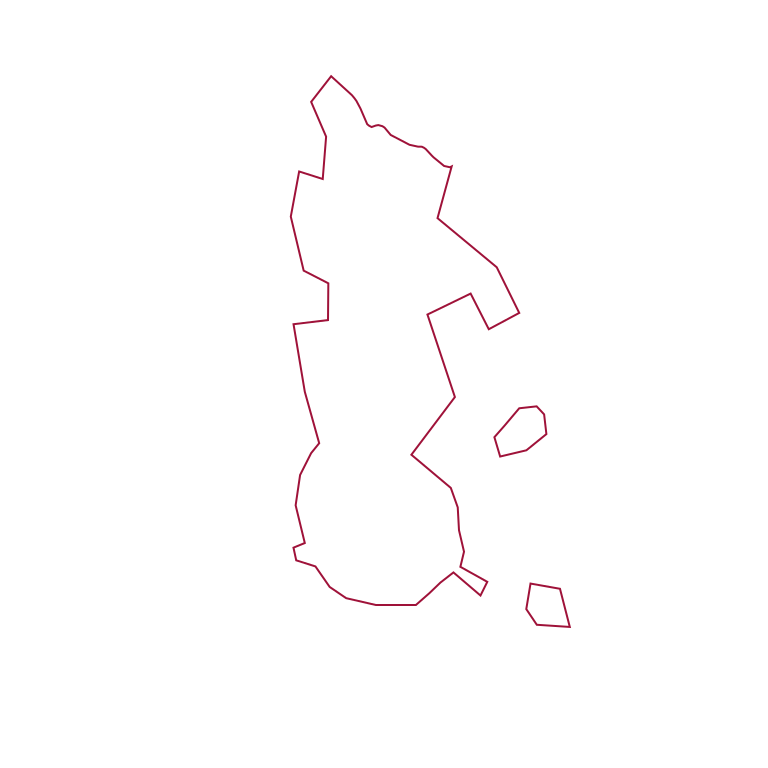 outline of Moskva, rotated 154°
{"feature_id": "RUS-2365", "entity_name": "Moskva", "entity_type": "Federal City", "adm_level": 1, "iso_a3": "RUS", "parent_name": "Russia", "parent_adm1": "", "projection": "orthographic", "projection_center": [37.264, 55.525], "detail": "fine", "context": "isolated", "style": "outline", "palette": "rose", "viewbox_px": 768, "rotation_deg": 154, "n_neighbors": 0, "source": "natural_earth", "source_scale": "10m", "svg_char_len": 1114}
<svg xmlns="http://www.w3.org/2000/svg" viewBox="0 0 768 768"><g transform="rotate(154 384 384)"><path d="M296.6,683.8L286.2,657.6L285.3,653.9L284.7,650.5L284.4,641.9L285.2,624.9L284.2,622.7L282.5,620.4L278.1,619.9L275.6,619.2L272.4,616.4L271.1,614.2L268.8,604.9L256.2,587.8L249.5,582.5L246.0,580.7L244.5,578.8L243.5,576.9L240.9,568.3L240.1,566.0L234.4,553.6L229.7,549.9L227.8,549.9L263.2,509.6L231.5,439.5L231.3,388.6L265.8,387.3L266.5,427.3L314.5,427.4L326.0,341.2L390.4,308.4L369.5,261.3L371.8,240.8L380.7,219.7L385.6,198.2L395.5,186.2L377.9,160.9L390.0,151.6L404.2,184.2L420.3,180.8L434.9,176.1L452.2,171.4L488.3,189.0L511.9,208.1L521.8,225.4L525.6,250.1L540.2,264.0L537.1,276.6L524.9,275.8L516.6,313.7L499.3,339.0L479.8,353.8L468.2,359.2L458.6,411.7L439.1,477.4L406.3,466.0L389.9,498.9L406.5,521.1L394.4,575.3L367.1,612.2L349.2,595.1L327.6,631.7L325.8,669.5L296.6,683.8ZM285.1,262.0L311.4,267.9L308.1,287.8L294.2,293.6L273.1,302.9L256.6,297.0L253.4,286.5L260.0,267.8L285.1,262.0ZM323.5,84.2L352.2,100.6L354.8,119.3L339.8,140.4L315.6,122.8L323.5,84.2Z" fill="none" stroke="#9f1239" stroke-width="2"/></g></svg>